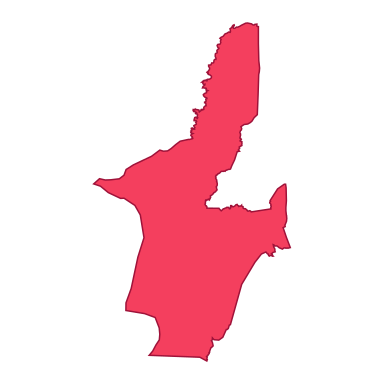 the district of Biakoye, Volta, Ghana
{"feature_id": "2480657B27736636353654", "entity_name": "Biakoye", "entity_type": "district", "adm_level": 2, "iso_a3": "GHA", "parent_name": "Ghana", "parent_adm1": "Volta", "projection": "orthographic", "projection_center": [0.354, 7.392], "detail": "fine", "context": "isolated", "style": "filled", "palette": "rose", "viewbox_px": 384, "rotation_deg": 0, "n_neighbors": 0, "source": "geoboundaries", "source_scale": "gbopen_adm2", "svg_char_len": 5996}
<svg xmlns="http://www.w3.org/2000/svg" viewBox="0 0 384 384"><path d="M258.4,26.6L257.8,26.6L256.8,26.0L256.9,24.1L254.7,24.4L254.3,24.9L253.3,25.0L252.1,24.4L251.7,23.9L247.5,23.0L245.6,23.2L241.5,25.2L239.7,26.3L237.7,27.2L236.4,27.1L235.2,28.1L234.0,28.4L233.4,28.2L233.2,27.7L233.3,26.8L234.3,25.5L234.1,24.8L233.2,25.2L232.4,26.1L232.0,27.0L230.8,28.3L230.0,28.7L230.5,31.2L230.2,32.3L229.6,32.3L229.2,32.0L228.5,32.1L227.0,33.2L225.2,33.8L224.6,34.4L223.3,36.2L220.9,37.4L219.9,38.3L221.1,39.4L220.4,41.1L220.8,42.6L220.0,44.1L219.5,44.4L218.1,44.3L217.5,44.8L217.1,45.6L217.9,47.5L218.9,48.1L218.8,48.6L217.1,50.1L216.8,51.0L217.3,51.9L217.1,52.8L215.7,53.5L215.3,54.0L215.2,56.3L216.0,58.3L215.9,59.4L215.0,59.3L214.0,60.2L213.9,61.5L213.6,62.7L212.8,63.0L211.7,62.9L210.9,64.9L208.6,65.1L208.6,66.3L209.6,68.0L209.5,69.3L208.6,70.7L207.8,71.6L208.1,72.8L207.0,72.2L206.9,72.3L207.4,72.7L207.9,73.9L208.8,74.6L210.1,75.0L211.4,76.2L211.5,76.9L211.3,77.7L210.8,78.4L209.2,79.3L207.8,79.2L206.9,80.8L206.2,79.8L205.2,80.6L204.2,80.3L203.5,80.9L203.0,81.1L202.1,82.0L203.2,81.8L202.7,82.6L203.0,83.8L204.0,84.6L204.9,84.2L204.9,84.9L203.0,86.5L202.5,87.9L203.4,87.8L205.1,88.2L205.9,88.1L206.3,88.4L206.0,89.8L207.8,90.6L206.4,91.2L206.5,92.7L204.5,93.5L203.3,94.6L203.6,95.8L204.8,97.1L206.8,97.9L206.9,98.6L206.1,98.7L205.8,99.3L205.8,100.0L206.0,100.2L206.2,100.9L205.4,101.9L204.6,102.1L204.6,102.8L205.7,103.0L206.0,104.4L205.8,105.4L206.0,105.7L205.4,105.8L204.0,107.0L203.8,107.4L203.8,109.3L202.9,109.3L202.7,109.9L201.7,109.4L201.2,109.5L201.0,109.9L201.4,110.3L199.3,111.9L198.9,110.0L196.4,109.5L195.3,109.6L195.1,109.1L194.2,110.0L194.1,109.6L193.2,109.5L193.1,110.6L193.8,111.6L194.1,111.7L194.8,111.7L196.1,112.3L196.7,112.9L196.5,113.3L195.7,113.1L195.5,113.4L196.0,113.9L197.2,114.1L197.6,114.7L197.1,116.9L197.7,117.4L197.6,118.0L197.3,118.4L196.1,117.4L195.4,117.2L194.7,117.6L194.0,120.1L194.1,120.7L194.3,120.7L196.1,120.5L196.6,121.4L195.7,122.3L196.2,123.0L196.3,124.2L193.8,125.6L194.1,126.6L194.9,127.6L194.4,128.2L194.6,129.2L193.6,129.2L192.6,128.0L191.6,128.1L191.3,128.3L191.9,129.2L192.0,130.0L191.1,130.3L191.1,131.3L191.4,131.6L190.7,132.1L190.9,132.6L191.3,133.1L192.9,133.5L191.2,134.5L190.8,135.3L191.0,135.7L192.3,136.8L192.0,137.6L192.8,138.2L192.6,138.6L189.4,139.5L188.5,139.4L180.2,141.2L175.7,144.6L171.1,148.6L167.6,150.9L163.4,151.2L159.8,150.1L151.5,156.3L133.5,164.8L126.1,169.5L124.0,175.2L119.3,178.8L110.7,179.8L105.3,180.0L99.5,178.7L93.7,183.9L100.5,186.2L108.3,192.6L120.6,198.4L124.0,198.2L134.9,205.4L140.3,214.9L144.0,237.7L137.9,257.1L131.2,288.5L126.0,302.9L125.9,310.5L144.6,313.6L155.2,317.5L159.2,327.9L159.8,334.3L159.3,339.9L156.0,344.9L152.7,351.1L149.2,355.3L199.8,357.2L206.8,361.0L207.3,359.6L206.8,359.3L207.0,358.4L206.9,358.0L207.2,357.2L206.6,356.4L207.6,355.8L208.0,355.3L208.1,354.7L209.1,353.7L209.2,353.4L209.0,352.6L209.6,352.3L209.7,352.0L209.6,351.3L210.9,347.8L211.7,347.4L211.9,347.0L213.0,346.1L213.1,345.5L212.3,342.1L211.4,340.7L212.1,340.1L212.3,339.6L212.4,337.9L214.0,339.7L218.8,340.1L222.8,337.3L226.3,329.5L227.1,329.5L228.3,328.5L229.3,325.1L230.4,324.7L241.7,284.3L254.9,262.3L261.4,254.0L265.9,252.0L267.5,253.9L268.3,254.1L268.6,255.5L269.0,255.9L269.5,256.1L270.2,255.5L271.4,255.4L272.3,256.2L273.1,256.1L272.8,255.8L272.4,254.7L271.5,253.6L272.3,253.2L273.0,252.4L275.2,251.8L274.8,250.4L274.9,249.4L274.7,248.6L273.8,247.3L273.2,244.6L273.8,244.8L274.8,246.0L276.5,245.9L277.4,246.2L279.3,247.8L282.4,249.1L283.9,248.0L285.1,247.9L285.9,248.2L287.4,248.0L287.9,248.2L290.3,247.6L286.3,237.1L283.1,227.6L285.2,226.6L284.9,225.1L285.1,224.8L286.5,221.3L286.8,218.0L286.5,216.9L286.7,216.0L286.4,215.4L285.9,210.8L285.9,207.4L286.4,200.8L286.1,187.8L285.6,184.2L284.3,184.2L277.6,188.9L270.1,200.6L270.5,201.4L269.9,201.9L269.7,202.9L270.5,203.7L270.9,204.5L271.0,205.4L270.8,205.7L271.2,206.6L270.7,207.8L270.9,208.9L251.2,211.9L250.8,211.3L249.8,210.7L248.0,211.2L247.4,210.8L247.4,210.4L247.0,210.3L246.7,209.8L245.4,208.7L244.6,208.6L244.3,208.7L243.4,208.4L243.0,207.6L243.1,206.9L243.0,206.6L241.8,206.1L241.5,205.8L241.5,205.3L240.7,206.1L239.8,206.0L238.8,206.5L238.3,205.7L237.7,205.4L237.1,204.4L235.9,204.8L234.7,206.1L233.2,206.8L232.2,206.6L231.7,205.6L230.7,205.6L230.6,206.5L230.9,206.7L230.8,207.0L230.6,207.9L230.0,208.1L230.2,208.4L229.9,208.8L229.3,208.7L228.7,207.4L226.9,207.3L226.8,207.7L225.1,208.1L224.3,208.7L223.3,208.8L222.2,210.0L221.2,210.8L219.5,209.1L219.0,208.3L207.0,208.2L207.1,207.7L206.9,207.4L206.9,206.8L206.4,206.4L206.4,205.9L205.6,205.5L205.0,204.2L205.5,203.1L205.3,202.1L205.8,201.1L205.5,200.4L205.7,200.0L206.1,199.8L206.7,200.2L207.2,200.0L207.4,199.8L207.9,199.8L208.1,199.4L208.6,199.6L208.9,199.2L209.3,199.6L209.3,199.2L209.7,199.2L209.7,198.9L210.2,198.4L210.1,198.1L210.7,197.2L210.5,196.7L210.4,196.3L210.4,195.7L211.5,195.3L212.4,194.6L212.9,193.9L213.4,193.7L213.8,192.7L215.5,191.8L215.8,191.2L216.7,190.5L217.0,189.8L217.0,189.4L216.6,189.0L216.6,187.9L216.2,186.9L217.1,185.6L217.3,184.0L217.1,182.7L216.6,181.7L216.9,181.4L216.6,180.6L216.8,180.1L215.7,178.5L216.0,178.0L215.9,177.2L215.6,177.0L215.6,176.1L216.2,175.7L216.3,175.1L216.9,175.1L217.9,173.8L218.3,173.5L218.6,173.7L219.7,173.0L221.2,171.4L222.3,171.3L223.4,171.4L224.1,171.0L225.1,171.3L225.8,170.4L226.9,170.1L227.1,169.8L227.5,169.8L228.4,169.4L229.9,169.3L230.5,169.0L231.8,165.7L234.6,159.8L237.2,151.7L239.5,151.2L238.4,150.0L238.5,149.5L239.6,148.6L239.2,147.0L239.4,146.8L240.1,146.6L240.5,146.1L241.5,145.8L241.9,145.5L241.8,144.4L242.0,143.0L241.7,142.2L241.9,141.8L240.1,141.0L240.2,140.3L241.0,139.9L241.3,139.3L241.0,139.1L240.7,138.4L240.0,138.2L239.9,137.8L240.6,135.1L240.4,134.8L240.6,134.0L239.8,132.6L240.5,130.7L241.4,129.9L241.7,128.5L240.9,126.7L244.1,124.5L247.8,124.0L250.4,122.5L252.0,121.1L254.1,117.7L257.3,114.7L258.1,94.3L258.7,74.6L259.3,71.7L259.6,68.1L258.8,60.6L258.4,43.9L258.4,26.6Z" fill="#f43f5e" stroke="#9f1239" stroke-width="1.5"/></svg>